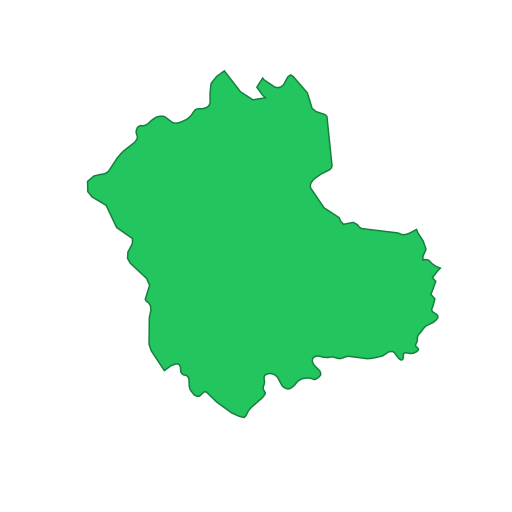 an SVG outline of Marne, rotated 232°
{"feature_id": "FRA-5323", "entity_name": "Marne", "entity_type": "Metropolitan department", "adm_level": 1, "iso_a3": "FRA", "parent_name": "France", "parent_adm1": "", "projection": "mercator", "projection_center": [4.087, 48.967], "detail": "fine", "context": "isolated", "style": "filled", "palette": "green", "viewbox_px": 512, "rotation_deg": 232, "n_neighbors": 0, "source": "natural_earth", "source_scale": "10m", "svg_char_len": 3291}
<svg xmlns="http://www.w3.org/2000/svg" viewBox="0 0 512 512"><g transform="rotate(232 256 256)"><path d="M421.4,345.0L394.8,344.9L381.0,349.7L374.9,360.8L379.5,360.2L388.5,360.6L392.1,370.8L389.8,370.8L377.6,374.8L375.4,376.5L373.9,379.6L373.9,382.8L377.6,391.7L377.4,394.8L374.8,395.8L352.9,396.9L337.9,391.1L332.9,392.2L325.0,397.4L322.3,397.8L280.2,371.4L279.0,369.5L278.6,367.3L280.5,357.6L280.9,350.7L280.6,347.4L279.5,343.9L277.8,341.9L275.7,340.9L252.1,339.3L235.0,345.1L231.2,344.1L227.1,344.5L222.6,353.3L218.4,355.2L215.0,355.2L212.4,356.3L186.7,382.1L182.6,384.5L180.7,387.4L179.5,391.0L178.1,398.8L174.4,397.8L165.1,397.0L156.8,394.2L155.8,392.8L153.2,387.6L152.2,386.9L151.0,385.6L150.0,385.0L149.5,386.4L149.1,387.1L148.0,388.2L146.8,389.2L145.9,389.6L141.6,390.0L137.0,391.4L132.9,393.8L132.6,390.9L130.4,381.7L125.3,382.0L118.0,370.2L112.1,370.6L107.3,364.2L105.8,361.5L104.3,360.9L103.0,360.9L99.1,362.3L97.1,362.5L95.4,361.3L94.7,358.8L94.5,354.9L96.2,347.4L95.9,344.0L94.5,338.9L94.2,337.0L93.7,334.9L92.6,333.1L90.9,331.8L89.3,330.2L88.3,327.9L87.6,327.0L87.1,326.5L86.1,326.4L83.7,326.8L82.5,326.6L82.2,326.3L81.8,325.4L81.7,323.4L82.5,320.1L84.0,317.7L86.7,315.3L88.2,313.6L88.0,311.9L85.0,309.3L84.1,307.7L84.7,306.3L87.2,305.4L94.4,305.5L96.4,305.0L98.0,303.0L98.8,301.2L99.3,294.3L102.4,287.5L104.7,283.2L106.5,280.5L119.8,267.4L121.4,264.7L122.3,261.4L123.3,259.1L125.7,256.8L129.5,254.2L132.0,249.7L135.5,246.1L137.5,244.7L139.3,242.9L140.4,240.8L140.5,237.9L139.2,236.2L137.4,235.1L135.3,234.7L133.1,234.7L126.2,235.5L124.2,235.0L122.6,233.9L122.1,232.4L121.9,231.3L121.9,229.7L122.0,228.0L122.4,226.2L125.5,224.1L127.1,222.7L129.2,220.0L130.9,216.5L131.5,213.7L131.5,211.3L130.5,206.9L130.3,204.7L130.4,202.8L130.7,200.9L131.6,199.3L132.9,198.2L135.8,196.9L138.0,196.7L147.1,198.3L149.4,198.0L151.6,197.3L153.8,195.7L155.6,193.6L156.5,190.7L156.3,188.9L155.4,187.6L151.9,185.5L150.2,183.9L148.9,181.9L147.7,180.3L145.9,179.6L144.1,179.4L142.3,179.0L141.3,177.6L140.8,175.6L140.4,173.4L139.6,159.5L139.3,157.1L138.6,154.5L136.3,149.7L136.0,147.3L139.8,144.2L147.3,140.2L165.2,135.1L178.4,133.3L180.1,132.8L180.8,131.2L180.8,129.2L180.4,127.0L180.4,125.0L181.8,123.2L184.4,121.8L189.5,121.7L192.2,122.2L194.4,123.2L200.5,127.5L202.6,128.0L204.8,127.6L207.0,125.6L209.5,125.2L211.1,125.4L215.0,128.1L217.2,128.7L219.1,128.0L220.3,126.4L221.2,123.7L221.9,121.5L222.1,113.2L245.7,115.1L252.2,117.3L273.0,133.9L278.0,139.8L281.5,142.1L285.2,142.6L287.9,141.7L290.1,142.1L298.4,154.1L305.8,156.0L327.6,152.5L333.2,153.3L337.9,157.4L341.9,166.2L345.8,169.4L364.2,163.7L388.2,169.1L403.4,163.2L410.4,163.1L418.5,169.2L418.8,177.6L416.3,183.1L414.2,186.9L413.6,189.6L413.6,192.1L418.6,206.8L419.8,212.4L420.3,216.4L420.3,230.4L421.3,233.8L422.6,235.8L427.0,237.5L428.7,239.0L430.3,241.7L430.3,243.8L429.9,245.2L429.6,245.7L429.2,246.0L428.4,246.8L427.4,248.6L426.7,252.2L427.2,256.9L427.1,260.2L426.8,262.9L426.0,265.0L424.9,266.9L423.6,268.5L422.5,269.4L420.7,270.2L413.5,272.1L411.4,273.1L409.4,275.5L407.9,278.9L406.4,285.1L406.3,288.7L406.8,292.0L407.7,294.6L408.6,297.7L408.2,300.1L404.7,305.1L403.3,309.0L403.5,311.5L404.5,313.5L405.4,314.5L412.5,319.9L419.4,326.6L419.9,327.8L421.7,335.6L421.4,345.0Z" fill="#22c55e" stroke="#15803d" stroke-width="1.5"/></g></svg>